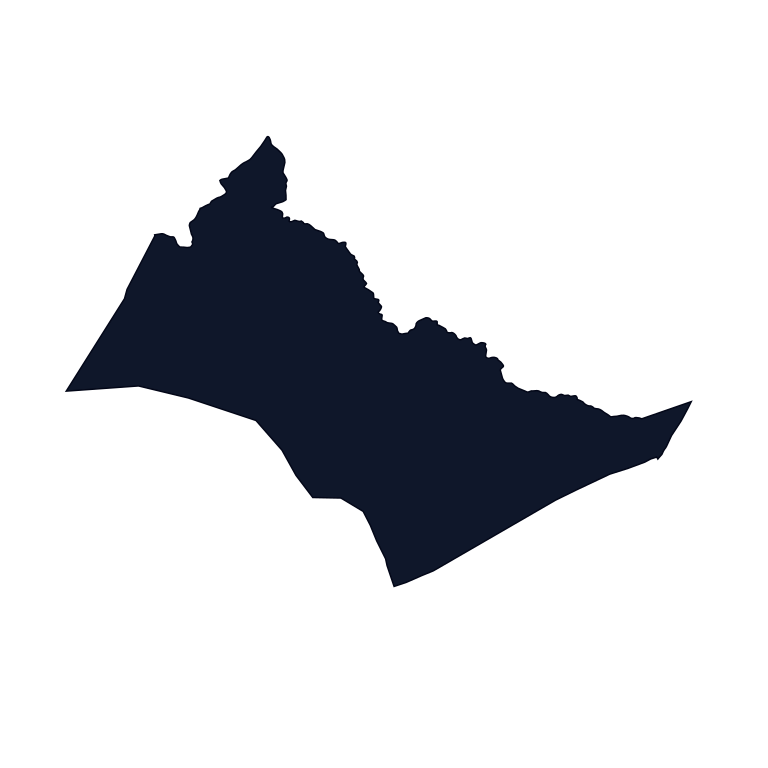 outline of San Francisco de Opalaca, Intibucá, Honduras, rotated 293°
{"feature_id": "27666195B85472464338427", "entity_name": "San Francisco de Opalaca", "entity_type": "district", "adm_level": 2, "iso_a3": "HND", "parent_name": "Honduras", "parent_adm1": "Intibucá", "projection": "robinson", "projection_center": [-88.233, 14.52], "detail": "fine", "context": "isolated", "style": "filled", "palette": "ink", "viewbox_px": 768, "rotation_deg": 293, "n_neighbors": 0, "source": "geoboundaries", "source_scale": "gbopen_adm2", "svg_char_len": 6146}
<svg xmlns="http://www.w3.org/2000/svg" viewBox="0 0 768 768"><g transform="rotate(293 384 384)"><path d="M431.7,114.6L430.8,115.2L370.7,110.5L361.1,111.8L253.3,94.3L286.3,158.8L294.7,209.4L300.4,280.4L283.2,316.0L265.5,338.7L251.7,362.8L262.2,388.9L258.6,414.6L248.6,426.6L236.8,438.5L223.7,453.8L218.0,457.8L201.6,472.4L210.2,482.1L222.3,493.5L231.3,502.4L344.0,587.2L361.7,602.5L389.2,627.0L401.9,641.8L414.1,654.7L419.2,658.8L423.3,663.6L421.9,665.4L423.4,665.8L427.8,667.3L431.4,667.4L433.4,667.7L435.4,668.2L437.2,668.4L448.9,668.8L465.8,671.9L479.7,673.2L487.8,673.7L452.7,634.9L452.5,632.3L451.6,629.1L451.0,628.1L450.2,627.5L449.8,627.0L449.4,626.2L449.1,625.4L449.0,624.2L449.4,622.1L449.4,620.5L449.2,618.4L448.9,617.0L447.8,614.6L445.2,610.8L444.0,608.4L442.8,606.4L442.4,605.6L442.5,604.9L443.1,602.7L443.9,597.6L444.7,594.6L444.9,592.7L444.8,591.1L444.1,588.7L443.8,587.1L443.9,586.5L444.4,585.2L444.6,583.6L444.5,582.7L444.0,581.5L443.8,580.7L443.7,579.3L443.8,578.1L444.2,576.1L445.0,574.5L445.2,573.9L445.4,570.8L445.3,568.4L445.4,567.7L445.6,567.5L446.4,567.4L447.1,566.8L447.8,565.8L448.0,565.1L447.8,564.5L447.5,563.8L446.6,562.4L445.8,561.2L445.5,560.6L445.5,560.1L445.7,557.9L443.9,554.7L443.9,552.2L443.7,551.1L442.9,550.0L442.1,549.2L441.2,548.6L440.1,548.1L438.5,546.8L437.6,544.6L437.3,542.8L437.5,541.0L438.2,539.6L439.1,537.3L439.2,535.8L438.7,534.7L438.0,532.9L437.9,530.6L438.1,529.3L437.6,527.3L435.8,523.8L435.2,522.3L433.2,520.2L432.8,519.6L432.5,518.6L432.6,517.3L432.5,509.1L433.2,505.4L433.8,503.8L434.4,502.3L434.6,501.0L433.0,497.3L432.7,496.0L432.9,494.8L433.4,493.8L434.7,491.8L435.9,490.6L442.1,485.7L442.8,485.5L443.4,485.6L444.7,486.1L446.0,486.8L446.8,487.0L447.6,486.7L448.2,485.9L448.7,485.0L449.3,483.9L449.8,482.9L450.7,479.5L451.4,478.9L451.7,478.4L451.9,477.2L451.7,475.4L451.2,474.0L450.3,472.5L449.0,471.1L448.4,470.0L448.3,469.3L448.3,468.5L448.5,467.7L448.8,467.2L449.2,466.8L450.2,466.4L455.3,465.1L456.0,464.6L457.9,462.5L459.2,462.1L460.3,462.2L460.6,461.9L460.8,461.5L460.9,460.8L460.8,459.8L460.4,458.3L459.9,457.1L459.0,456.2L456.3,454.0L455.8,453.4L455.7,452.8L455.9,451.2L456.5,449.2L459.9,446.4L460.2,445.9L460.3,445.3L459.6,444.3L458.6,443.4L457.9,440.3L456.5,438.9L454.8,437.5L454.4,436.7L454.3,435.6L454.4,434.6L454.7,433.8L455.4,432.6L456.7,431.3L457.4,429.9L457.8,428.7L458.0,427.5L457.9,426.3L457.3,425.5L456.8,424.5L456.4,423.3L456.2,422.3L456.5,421.6L457.3,420.9L457.8,420.3L458.7,419.0L458.8,418.5L459.1,416.3L459.5,411.6L459.2,410.0L459.4,409.8L462.1,408.6L462.3,408.3L462.4,407.8L462.3,407.3L461.9,406.3L460.7,404.1L461.2,402.4L462.0,400.7L462.1,400.0L462.1,399.1L461.9,398.2L461.6,397.2L461.2,396.5L456.7,392.3L455.4,391.2L454.7,390.8L453.5,390.3L452.4,390.1L451.8,390.1L450.8,390.5L449.8,390.6L448.5,390.6L447.3,390.4L446.5,390.1L445.4,389.2L444.2,387.6L443.7,387.2L441.8,386.6L440.2,386.3L438.8,383.8L436.9,381.0L436.5,377.8L438.3,375.6L440.3,374.3L441.2,373.5L442.0,371.4L442.8,369.0L442.9,368.1L442.8,367.3L442.0,364.4L441.7,362.7L442.0,361.0L441.8,358.4L441.8,357.6L442.1,357.1L442.6,356.7L443.4,356.3L446.1,355.6L446.8,355.3L447.1,354.4L446.8,353.2L447.0,352.0L447.2,351.2L447.5,350.8L448.2,350.6L449.7,351.3L451.2,351.6L453.1,351.7L454.1,351.5L454.4,351.3L454.7,350.9L455.9,348.3L456.7,346.9L457.0,346.8L458.6,346.7L459.2,346.4L459.5,345.9L459.5,345.3L458.8,342.0L458.9,341.4L459.3,340.9L462.5,339.3L463.3,338.7L463.6,338.2L464.7,332.8L465.1,328.8L465.4,327.8L465.9,327.6L468.8,328.5L469.7,328.6L470.4,327.6L471.6,324.7L472.2,323.8L473.8,323.2L475.2,323.1L475.8,322.7L476.4,321.8L477.9,317.9L478.3,317.3L478.8,316.9L479.5,316.6L479.9,316.3L482.5,313.1L483.6,312.2L484.1,312.0L485.2,312.1L486.0,311.5L486.6,310.8L487.5,307.9L487.8,307.7L488.4,307.7L488.8,307.6L490.0,306.7L490.1,306.3L490.3,303.4L490.6,302.3L494.0,296.7L495.0,295.2L495.4,294.8L495.8,294.5L497.2,294.4L498.5,294.0L498.9,293.7L499.2,293.4L499.2,292.9L499.1,292.4L498.3,290.7L497.8,290.0L496.1,288.2L495.7,287.5L495.6,286.9L495.7,286.4L496.7,284.7L497.3,282.5L497.0,280.9L495.9,277.6L495.6,276.1L495.6,274.8L495.9,273.1L496.4,272.0L496.8,271.5L499.0,269.6L499.2,269.3L499.4,268.7L499.6,267.1L499.6,265.5L499.3,261.8L499.2,260.1L501.1,254.7L501.5,253.0L501.6,252.1L501.5,250.7L500.6,249.0L500.4,248.1L500.3,247.3L500.6,246.7L501.1,246.7L501.7,244.2L500.9,243.2L500.5,242.3L500.2,240.7L500.0,238.7L499.8,237.9L499.4,237.5L497.3,235.5L496.7,234.2L496.6,233.7L496.7,233.3L496.9,233.0L499.0,232.5L499.5,232.2L499.9,231.8L500.1,231.1L500.0,230.3L499.7,229.4L498.1,228.0L497.6,227.2L497.3,226.3L497.4,225.7L497.8,225.4L498.2,225.1L501.0,224.3L502.1,223.3L502.7,222.4L502.9,220.5L502.9,217.6L502.5,213.6L502.4,212.0L502.5,211.6L502.9,211.5L503.1,212.1L503.4,212.5L505.2,213.2L507.1,213.9L507.9,214.4L512.2,219.5L514.1,221.0L515.4,221.8L519.5,220.0L523.7,217.7L528.0,216.9L529.9,215.5L531.1,215.1L533.1,215.3L533.8,215.1L534.4,214.6L535.7,213.1L537.8,210.2L538.6,208.9L539.5,208.2L541.2,207.6L549.2,206.2L551.9,204.8L553.0,203.8L555.7,200.5L556.7,198.6L558.5,193.8L559.4,189.6L560.0,188.0L560.4,187.0L560.8,186.5L561.4,185.9L563.4,184.6L564.6,183.6L566.1,181.9L566.4,181.1L566.4,180.6L566.1,180.0L565.4,179.7L561.4,179.1L554.5,177.7L547.9,175.7L540.6,173.8L538.4,173.0L536.8,171.9L534.5,170.1L533.2,168.9L531.8,167.9L530.0,166.8L523.1,163.5L520.2,161.3L518.9,160.8L516.9,160.4L512.8,160.3L509.2,154.9L508.4,154.1L507.2,153.4L505.7,154.7L504.6,156.0L502.4,160.4L500.0,163.6L498.9,164.0L497.6,164.0L496.0,163.1L493.3,161.2L492.1,160.2L491.0,158.7L489.7,157.4L484.8,153.8L481.8,153.4L481.5,153.3L480.6,152.2L478.3,150.1L475.1,147.6L473.8,146.1L472.6,146.3L470.4,146.0L466.3,146.0L463.8,145.8L462.0,145.4L460.7,144.9L457.0,142.6L456.2,142.5L455.1,142.6L454.1,142.8L453.5,143.1L447.8,147.4L446.8,148.1L445.1,150.1L443.9,151.1L441.7,151.8L439.7,151.7L438.9,152.6L437.7,153.3L434.8,152.6L434.4,152.3L433.8,151.5L432.7,149.5L431.7,146.2L430.5,143.1L430.4,142.3L431.1,140.5L432.2,138.4L434.7,136.2L436.0,134.7L436.8,133.7L437.0,133.2L437.1,132.8L436.7,131.5L436.1,130.3L435.9,129.1L435.8,125.4L436.0,123.2L435.9,122.1L435.7,121.2L435.4,120.5L431.7,114.6Z" fill="#0f172a" stroke="#020617" stroke-width="1.5"/></g></svg>